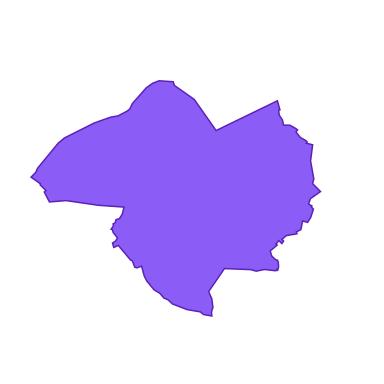 outline of Cork City South East Lea-6, Cork, Ireland, rotated 327°
{"feature_id": "5873133B31894390357020", "entity_name": "Cork City South East Lea-6", "entity_type": "district", "adm_level": 2, "iso_a3": "IRL", "parent_name": "Ireland", "parent_adm1": "Cork", "projection": "orthographic", "projection_center": [-8.409, 51.872], "detail": "fine", "context": "isolated", "style": "filled", "palette": "violet", "viewbox_px": 384, "rotation_deg": 327, "n_neighbors": 0, "source": "geoboundaries", "source_scale": "gbopen_adm2", "svg_char_len": 1511}
<svg xmlns="http://www.w3.org/2000/svg" viewBox="0 0 384 384"><g transform="rotate(327 192 192)"><path d="M236.3,89.3L225.0,80.8L218.5,79.4L210.5,79.7L190.3,85.3L185.0,88.5L181.8,88.8L171.6,87.9L164.4,84.9L147.8,80.9L114.6,77.2L106.3,78.2L75.3,88.0L71.9,90.3L65.1,91.9L69.3,102.5L68.5,103.4L70.3,111.2L68.1,111.6L67.0,122.7L81.8,130.7L106.3,152.2L126.7,167.6L121.5,172.6L116.6,174.8L113.2,173.8L110.9,175.9L108.4,175.8L107.6,177.7L103.9,179.1L104.7,180.1L103.8,183.1L104.5,189.9L101.2,191.5L97.5,191.5L96.2,195.9L101.1,196.7L103.4,215.6L104.5,217.2L103.0,224.0L104.7,225.7L109.3,226.7L106.2,236.4L105.6,242.2L106.9,253.4L109.9,259.7L110.6,265.5L113.2,269.4L114.7,275.4L123.8,287.9L133.7,297.1L134.9,301.0L141.1,306.8L143.0,303.2L146.7,300.2L150.4,292.5L151.7,284.6L177.5,273.9L198.7,288.9L202.8,293.4L210.5,296.4L219.1,303.5L220.6,303.4L220.7,304.8L221.3,303.1L221.8,303.8L223.9,301.9L226.2,297.7L226.5,295.6L225.2,294.2L224.0,289.3L225.5,284.0L234.5,282.9L233.9,281.5L238.3,280.0L239.3,284.2L242.1,283.0L241.7,280.7L247.2,279.9L257.3,284.2L257.8,282.3L262.8,282.9L268.9,276.6L272.4,280.4L277.7,278.0L284.5,272.5L284.0,269.4L285.0,269.0L283.2,265.6L287.7,262.1L300.0,261.6L297.7,250.5L301.2,247.5L308.4,230.5L318.9,218.1L314.4,213.3L315.8,212.8L315.7,211.4L312.6,205.4L312.0,199.7L312.0,198.2L314.4,197.4L313.6,195.3L310.5,189.3L305.2,185.8L307.1,180.8L307.0,175.0L309.3,170.6L310.5,171.0L313.3,162.0L245.7,153.6L244.3,115.6L235.3,93.1L236.3,89.3Z" fill="#8b5cf6" stroke="#5b21b6" stroke-width="1.5"/></g></svg>